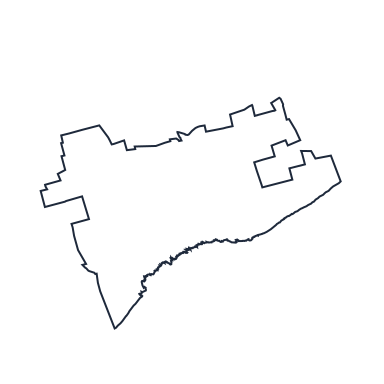 the district of San Felipe, Yucatán, Mexico, rotated 159°
{"feature_id": "50627088B38726210466963", "entity_name": "San Felipe", "entity_type": "district", "adm_level": 2, "iso_a3": "MEX", "parent_name": "Mexico", "parent_adm1": "Yucatán", "projection": "orthographic", "projection_center": [-88.314, 21.495], "detail": "fine", "context": "isolated", "style": "outline", "palette": "slate", "viewbox_px": 384, "rotation_deg": 159, "n_neighbors": 0, "source": "geoboundaries", "source_scale": "gbopen_adm2", "svg_char_len": 5982}
<svg xmlns="http://www.w3.org/2000/svg" viewBox="0 0 384 384"><g transform="rotate(159 192 192)"><path d="M313.1,92.3L311.6,92.5L309.0,93.9L305.9,95.0L303.3,96.4L298.1,99.8L297.8,99.8L295.0,101.6L293.0,103.3L287.2,106.9L284.9,107.8L278.5,111.7L276.1,112.3L275.7,112.7L275.8,112.9L276.3,112.8L276.5,113.0L277.7,115.3L277.7,115.8L277.4,115.8L277.0,115.4L276.8,114.9L275.5,115.3L275.0,116.9L274.6,116.3L270.4,116.6L270.0,117.5L269.9,118.9L269.6,119.3L269.9,119.7L270.1,119.7L270.4,120.4L271.4,119.9L271.7,122.5L271.2,126.1L270.5,126.8L270.0,126.7L268.7,125.6L268.1,125.8L267.2,126.5L267.3,126.8L268.0,127.1L267.9,127.4L267.6,127.7L267.3,127.6L266.9,127.9L266.8,128.4L266.6,128.2L266.5,128.6L267.1,129.8L267.0,130.3L266.6,130.0L266.2,130.2L265.7,130.2L265.4,129.7L265.2,129.8L264.9,129.5L264.5,130.0L263.9,129.7L263.6,130.6L262.5,130.7L261.3,130.1L260.9,129.6L260.7,129.8L260.5,129.6L260.4,130.0L260.1,129.6L259.8,129.5L259.2,129.6L259.1,129.8L257.6,129.0L257.2,129.2L255.6,130.7L255.2,131.3L255.3,131.8L254.8,132.0L254.3,131.7L254.3,131.4L253.9,131.6L252.9,131.4L252.7,132.5L252.3,132.4L252.4,132.1L252.0,131.6L251.6,132.7L251.3,133.1L251.0,132.8L250.9,133.1L250.6,133.2L250.3,133.9L249.3,133.8L248.7,134.2L248.7,134.6L248.4,134.3L248.0,134.7L247.6,134.3L247.3,134.5L247.3,135.5L246.7,134.9L246.5,135.1L246.6,135.5L246.1,135.6L245.6,136.0L245.6,136.5L244.5,136.8L244.2,136.7L243.9,136.1L243.6,136.2L243.3,135.8L243.3,136.3L243.0,136.2L242.9,136.5L241.5,136.6L241.4,136.0L240.9,136.1L240.4,135.5L240.7,135.2L239.0,133.7L238.3,132.2L238.0,132.0L237.4,132.0L237.4,132.8L236.8,132.9L236.4,133.5L236.3,135.3L235.3,135.5L235.4,136.3L235.0,135.8L234.9,136.4L235.3,136.8L235.4,136.7L235.5,137.3L235.2,137.8L235.2,138.2L235.1,138.4L234.9,137.5L234.5,137.1L234.3,137.3L234.1,137.1L234.2,136.8L234.1,136.7L233.9,136.9L233.7,136.3L233.5,136.5L232.8,136.2L233.0,135.7L232.9,135.6L232.7,135.9L232.4,135.9L231.9,135.3L231.1,135.3L231.0,135.5L230.7,135.4L230.2,136.0L230.1,136.6L229.7,136.3L229.3,136.8L229.0,137.2L229.1,137.8L228.8,138.0L228.6,137.4L228.2,137.2L228.0,137.3L228.0,137.7L227.1,137.6L226.8,137.7L226.9,138.0L226.5,138.1L226.0,137.9L225.9,138.1L225.4,138.2L225.5,138.8L224.9,138.7L224.8,138.9L224.6,138.9L224.2,138.3L223.7,138.4L223.6,138.7L223.0,138.8L222.9,138.5L222.4,138.3L222.2,138.9L221.6,139.3L221.0,138.6L220.5,138.8L220.0,138.0L219.7,138.1L219.6,137.5L219.1,137.4L219.0,137.2L218.5,136.9L218.0,137.1L218.1,137.4L218.4,137.4L218.6,137.8L218.3,138.8L218.2,139.8L218.6,140.5L217.4,140.2L217.5,140.0L216.5,139.3L215.8,139.1L215.6,139.1L215.6,139.3L216.0,140.0L215.5,139.7L215.2,140.3L215.1,139.9L214.3,139.5L214.1,139.0L214.0,139.6L214.3,139.6L214.5,139.9L214.0,140.4L213.8,140.0L212.5,139.9L212.3,139.6L211.4,139.3L211.0,139.8L209.2,139.5L208.9,139.9L208.3,139.4L207.3,139.2L207.1,138.9L207.0,139.6L206.6,139.4L206.4,139.7L206.9,140.7L206.2,140.8L205.4,140.5L204.6,141.4L204.0,141.0L203.8,140.4L202.9,140.4L201.5,139.7L201.2,139.8L201.0,140.1L201.5,141.3L201.4,141.7L201.2,141.7L201.3,141.4L200.3,141.1L200.0,141.6L199.4,140.9L199.4,140.3L198.9,139.8L197.8,140.0L196.5,139.6L196.0,139.7L196.0,139.9L195.5,139.4L195.0,139.4L194.6,138.9L193.4,138.5L192.9,138.5L191.7,137.9L191.0,138.5L190.4,138.5L189.9,138.2L188.9,138.3L188.6,138.7L188.6,139.0L187.2,138.5L187.1,139.3L186.9,139.4L186.4,138.9L186.1,138.8L185.9,138.6L186.1,138.3L185.6,137.5L184.4,136.7L183.9,136.6L183.3,135.2L182.9,135.0L181.6,134.8L181.5,135.3L181.0,134.9L180.9,135.1L180.4,135.1L179.8,135.5L179.2,135.5L177.2,135.2L176.6,135.4L176.4,135.3L176.6,135.0L176.3,133.9L175.5,133.8L174.7,132.5L173.9,132.0L173.2,130.9L169.2,129.0L168.4,129.2L168.4,129.8L168.6,130.4L167.4,130.7L167.4,131.2L167.6,131.5L166.8,131.4L166.4,130.4L166.1,130.3L166.2,129.5L162.3,128.1L161.9,128.2L160.6,127.5L159.9,127.4L159.6,127.6L158.7,127.1L157.2,127.7L156.1,127.7L156.2,126.8L155.8,126.2L155.1,125.9L154.2,125.8L153.6,126.0L153.1,126.5L152.5,126.6L152.2,127.6L151.7,127.9L151.0,127.6L150.6,127.8L150.0,127.7L149.7,128.1L149.2,127.9L148.4,128.2L147.0,128.0L146.8,128.2L146.2,128.1L145.9,127.6L145.7,127.8L145.6,128.2L142.7,127.8L142.2,127.9L141.2,127.7L140.4,127.9L139.9,127.7L136.5,128.0L131.7,129.0L125.1,131.2L124.3,131.7L122.5,132.0L121.8,132.3L120.9,132.1L118.8,133.3L115.8,133.7L115.2,134.0L115.4,134.3L115.1,134.4L113.8,134.6L113.5,134.5L112.2,135.0L110.7,135.1L110.2,134.8L109.5,135.0L108.3,135.2L106.8,135.8L106.3,135.4L105.4,135.5L102.8,136.4L100.4,136.3L98.3,137.0L96.2,137.4L94.8,137.4L93.3,137.6L90.2,137.7L88.3,138.2L84.9,138.5L83.7,139.1L82.8,139.3L81.7,139.3L79.3,140.6L76.6,141.1L74.6,142.0L70.5,142.4L69.1,143.1L67.3,143.8L64.1,144.1L61.3,145.5L58.3,146.6L51.8,147.6L49.4,148.6L49.3,176.2L64.8,179.0L66.1,187.5L75.4,191.2L75.4,188.6L76.7,177.3L92.6,179.2L93.9,167.6L124.7,171.1L124.5,173.4L123.9,188.6L123.3,197.4L114.2,196.8L102.0,195.6L101.1,206.8L86.1,206.8L85.9,201.1L72.4,201.6L73.1,212.5L75.3,225.3L77.7,225.6L77.1,230.7L76.2,239.9L75.5,241.2L75.9,247.3L76.8,248.7L86.2,246.7L84.9,238.5L85.7,238.3L88.1,238.8L106.1,240.6L104.7,251.1L104.8,251.7L108.1,251.4L113.6,250.1L128.7,250.7L130.5,238.9L136.8,239.9L140.0,240.2L157.3,243.3L156.4,249.6L161.2,250.6L163.3,250.7L165.8,250.5L170.0,249.1L174.5,246.8L175.7,246.8L177.7,247.9L177.9,248.7L182.7,252.4L184.1,253.2L184.3,252.7L184.0,248.2L183.9,247.4L183.6,247.1L183.4,246.6L183.6,245.7L183.4,243.8L185.8,244.2L186.1,245.5L187.6,247.6L193.8,249.1L194.0,247.2L199.8,247.7L209.2,247.9L229.2,255.0L229.6,252.4L237.8,254.4L236.9,264.5L248.0,264.9L249.9,265.2L250.3,269.9L250.7,273.1L254.7,287.4L272.3,289.4L285.9,290.7L293.8,291.7L294.9,284.3L296.7,284.5L298.0,271.8L301.0,272.2L302.5,258.0L310.8,257.0L310.6,249.9L326.6,251.4L326.8,249.8L326.3,246.4L332.9,247.2L334.7,230.7L314.1,228.5L312.8,228.7L296.2,227.3L297.9,203.6L315.9,205.4L316.1,201.8L317.8,193.3L319.2,178.6L316.7,162.8L320.4,163.2L319.0,159.9L318.0,158.5L317.0,155.8L316.3,155.0L312.1,151.6L311.7,150.1L310.3,149.9L312.4,140.9L313.3,132.2L313.1,92.3Z" fill="none" stroke="#1e293b" stroke-width="2"/></g></svg>